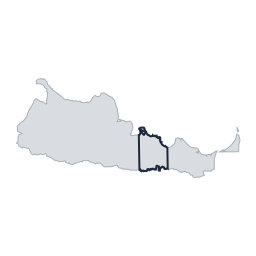 Chubut on a map of Argentina (Mercator projection), rotated 269°
{"feature_id": "ARG-1274", "entity_name": "Chubut", "entity_type": "Province", "adm_level": 1, "iso_a3": "ARG", "parent_name": "Argentina", "parent_adm1": "", "projection": "mercator", "projection_center": [-67.684, -44.0], "detail": "fine", "context": "in_parent", "style": "outline", "palette": "slate", "viewbox_px": 256, "rotation_deg": 269, "n_neighbors": 0, "source": "natural_earth", "source_scale": "10m", "svg_char_len": 7901}
<svg xmlns="http://www.w3.org/2000/svg" viewBox="0 0 256 256"><g transform="rotate(269 128 128)"><path d="M158.7,63.9L157.3,66.2L157.6,67.8L156.4,71.6L156.7,72.4L155.7,74.2L156.1,76.2L155.5,78.1L155.8,80.5L155.4,81.2L154.5,81.4L153.9,84.7L154.7,88.0L154.0,88.6L155.2,91.0L159.0,93.1L160.9,95.3L161.0,96.2L160.0,97.5L159.9,98.6L160.4,100.2L161.4,101.1L163.2,101.7L163.5,103.9L163.2,105.3L159.7,110.4L159.0,112.6L155.8,114.9L147.3,117.5L140.8,118.5L137.0,118.3L134.6,117.2L134.8,120.1L136.0,121.0L135.4,121.1L135.9,121.6L135.6,124.0L134.8,124.5L134.2,126.5L134.3,128.2L135.0,129.7L134.3,131.1L131.4,132.6L128.0,132.9L121.7,130.6L122.0,130.2L121.6,130.1L120.6,130.6L120.2,132.6L120.9,135.7L120.7,138.5L121.0,139.4L123.3,140.4L123.2,141.5L123.9,141.7L125.6,141.4L125.8,140.5L124.9,140.2L127.1,139.5L128.0,140.6L128.0,143.5L127.6,144.2L125.9,144.8L125.4,144.6L124.4,142.6L123.6,142.2L121.1,143.3L120.8,143.9L124.4,145.4L121.8,146.9L119.7,149.6L119.6,154.6L119.1,156.0L117.7,157.3L117.4,158.3L117.9,158.9L117.7,159.8L114.9,159.5L112.9,161.1L111.1,161.6L107.7,167.4L108.2,170.3L111.9,174.5L116.6,175.6L117.2,177.0L117.0,178.7L116.5,179.7L114.7,180.7L116.2,180.7L116.8,181.6L108.4,189.3L107.3,191.6L106.8,196.4L106.1,197.4L104.4,198.4L103.2,197.4L102.3,195.6L102.3,197.0L100.7,197.6L102.6,197.6L103.5,198.8L100.9,200.6L100.1,202.2L99.8,204.5L98.8,205.8L99.6,205.5L100.3,210.0L98.2,210.3L100.8,211.1L103.7,216.3L103.4,216.7L103.3,216.2L95.7,213.8L85.4,213.5L85.5,212.8L83.2,210.0L83.7,208.0L83.4,206.3L83.9,204.8L83.5,203.0L82.7,202.4L79.4,203.4L77.6,198.5L77.8,195.9L77.2,194.3L77.8,192.1L79.5,192.0L80.0,189.8L82.1,188.1L82.2,186.0L83.5,184.8L83.8,183.7L82.6,181.1L83.5,178.2L85.8,176.0L85.6,173.2L86.8,171.9L85.9,168.2L87.2,166.7L86.6,165.9L86.6,164.0L87.8,163.5L88.6,161.4L87.3,159.6L85.1,159.1L85.0,158.1L89.0,158.1L89.6,156.6L89.3,155.8L86.2,155.3L86.2,153.4L86.9,152.1L86.3,150.9L86.6,149.7L85.8,148.0L86.6,147.2L84.5,145.5L84.5,142.7L85.0,141.9L84.7,140.4L86.6,139.0L85.7,136.3L85.9,131.1L85.6,129.8L86.8,127.7L86.2,126.3L87.0,125.3L86.7,122.7L87.6,122.5L88.3,118.1L90.6,116.8L91.1,116.0L89.5,110.5L89.7,108.5L89.4,107.5L89.8,106.3L89.4,104.6L90.1,102.6L91.7,101.7L91.8,101.1L93.4,99.7L93.4,96.3L92.6,94.5L93.5,93.9L94.0,91.3L95.2,88.7L96.2,88.2L96.0,85.2L96.4,82.4L95.0,81.9L95.4,80.0L94.9,79.5L94.6,77.5L93.7,75.7L93.7,74.9L94.2,74.4L93.2,73.7L92.5,72.1L92.7,70.6L92.8,69.6L93.9,68.8L93.7,68.1L94.6,65.0L95.7,64.9L96.3,63.8L95.7,63.2L95.8,61.4L95.3,58.8L96.4,57.5L97.2,53.5L99.7,50.7L101.4,46.2L102.7,46.1L104.1,45.2L102.7,42.3L103.6,40.5L102.6,36.7L102.9,35.3L103.7,34.5L102.8,33.1L103.1,31.9L104.4,30.6L109.0,28.6L110.7,22.8L109.8,21.8L112.2,18.5L114.0,17.9L114.8,16.2L117.0,17.9L121.0,17.9L123.0,18.6L124.4,21.9L126.5,17.5L132.0,17.3L133.1,18.9L135.2,20.7L136.6,23.2L141.2,27.0L147.0,28.9L150.6,31.5L154.8,33.8L156.9,34.3L158.5,35.8L158.9,37.0L157.9,37.9L157.2,39.7L156.1,40.7L155.6,41.8L155.7,43.2L153.5,46.1L153.6,47.1L155.8,46.9L161.2,48.0L163.8,48.0L164.6,48.5L166.0,47.2L168.3,47.7L169.8,45.4L171.3,45.0L172.9,43.4L173.6,41.4L173.9,37.2L174.8,37.5L176.3,36.9L177.6,37.8L178.8,41.3L178.5,44.7L177.9,46.0L176.3,46.8L175.4,47.8L172.8,48.5L171.4,50.3L168.3,52.3L168.5,53.3L167.4,53.2L162.1,60.4L158.7,63.9ZM102.3,238.2L102.5,219.2L104.5,222.8L103.5,222.6L103.2,224.3L104.9,224.7L105.6,226.9L109.3,231.1L114.7,235.4L120.1,236.6L118.6,238.7L113.3,239.8L110.1,238.6L102.3,238.2ZM122.2,237.9L123.8,237.2L127.0,237.0L122.8,238.6L122.2,237.9ZM136.7,119.4L136.7,120.0L135.8,119.1L136.7,119.4Z" fill="#d9dde1" stroke="#a8b0b8" stroke-width="1"/><path d="M85.7,139.9L85.9,139.7L86.3,139.6L86.6,139.4L86.6,139.2L86.6,138.9L86.5,138.7L120.3,138.7L120.7,138.7L121.0,139.3L121.1,139.5L121.3,139.7L121.7,140.0L121.9,140.0L122.1,140.1L122.3,140.2L122.8,140.3L123.0,140.4L123.4,140.4L123.5,140.4L123.7,140.6L123.1,141.3L123.0,141.6L123.6,141.6L123.8,141.7L124.2,141.7L124.5,141.6L125.4,141.7L125.5,141.6L125.8,141.3L125.8,141.2L125.8,140.9L125.8,140.6L125.7,140.5L125.4,140.4L124.8,140.5L124.6,140.4L124.3,140.3L124.5,140.2L125.2,140.1L125.9,139.8L126.3,139.5L126.7,139.2L127.0,139.2L127.3,139.2L127.4,139.4L127.6,139.6L127.7,140.0L127.8,140.2L128.0,140.5L128.2,141.0L128.1,141.7L128.2,142.8L128.2,143.0L128.0,143.3L127.9,143.6L128.0,143.9L127.7,144.2L127.4,144.4L126.4,144.6L125.9,144.6L125.7,144.7L125.5,144.8L125.4,144.7L125.2,144.5L125.0,144.1L124.8,144.0L124.8,143.9L125.0,143.2L124.8,142.9L124.6,142.7L124.4,142.4L124.1,142.2L123.8,142.2L123.3,142.2L122.9,142.2L122.7,142.3L122.3,142.5L122.0,143.0L121.4,143.1L121.1,143.5L120.9,143.7L120.9,143.8L120.9,144.0L121.0,144.1L121.4,144.3L121.7,144.4L122.3,144.7L122.8,145.1L123.1,145.2L123.5,145.2L123.9,145.4L124.0,145.4L124.5,145.2L124.5,145.5L124.4,145.7L123.8,146.1L123.2,146.3L122.2,146.6L121.3,147.3L121.0,147.6L120.8,147.7L120.8,147.8L120.8,148.2L120.8,148.4L120.6,148.5L120.2,148.9L119.9,149.4L119.6,149.7L119.3,150.2L119.3,150.3L119.3,150.7L119.4,151.1L119.4,151.3L119.5,151.5L119.6,151.9L119.6,152.0L119.6,152.3L119.8,152.4L119.7,152.5L119.7,152.8L119.8,152.9L120.0,152.9L119.8,153.1L119.8,153.4L119.8,153.5L119.5,153.7L119.5,153.8L119.4,154.0L119.4,154.3L119.5,154.5L119.6,154.8L119.7,155.0L119.8,155.0L119.8,155.3L119.7,155.4L119.6,155.5L119.4,155.7L119.3,155.8L119.4,156.0L119.5,156.1L119.6,156.3L119.4,156.3L119.3,156.2L119.2,156.2L119.2,156.3L119.1,156.5L119.1,156.8L119.1,156.7L119.0,156.9L118.9,156.8L118.9,156.7L118.6,156.7L118.6,156.8L118.4,156.9L118.2,157.0L117.9,157.2L117.7,157.4L117.5,157.7L117.4,157.9L117.4,158.1L117.4,158.3L117.3,158.5L117.3,158.8L117.5,158.9L117.6,159.0L117.7,158.9L117.9,159.0L118.1,159.0L118.3,159.3L118.0,159.5L117.9,159.6L118.0,159.7L118.0,159.8L117.9,159.8L117.9,160.0L117.7,160.1L117.1,159.9L116.9,160.0L116.7,160.0L116.8,159.9L116.7,159.8L116.4,159.8L116.4,160.1L116.2,160.1L116.0,159.9L115.8,159.8L115.6,159.8L115.3,159.7L115.0,159.7L114.9,159.7L114.7,159.9L114.4,160.2L114.1,160.1L113.9,160.1L113.5,160.3L113.3,160.4L113.2,160.6L113.6,160.8L113.5,161.0L112.9,160.8L112.9,161.0L113.1,161.0L113.2,161.3L112.5,161.3L111.4,161.5L111.1,161.6L110.7,162.0L110.4,162.3L110.3,162.6L109.9,163.1L109.6,163.6L109.4,163.8L109.2,164.1L109.0,164.5L109.0,164.9L109.1,165.0L108.9,165.1L108.9,165.3L108.9,165.5L108.5,165.8L108.4,166.0L108.2,166.2L108.2,166.3L108.0,166.6L107.9,166.8L107.8,167.0L87.1,167.0L87.3,166.8L87.2,166.6L87.1,166.4L87.0,166.2L86.8,166.1L86.6,166.0L86.5,165.9L86.6,165.5L86.5,165.3L86.3,165.1L86.4,164.8L86.4,164.6L86.4,164.4L86.6,164.1L86.5,163.9L86.6,163.7L87.1,163.5L87.5,163.6L87.9,163.4L87.9,163.2L87.8,162.8L87.8,162.7L88.4,162.5L88.8,161.9L88.8,161.7L88.7,161.5L88.5,161.3L88.4,161.1L88.1,160.9L87.9,160.7L87.8,160.2L87.6,159.8L87.4,159.6L87.2,159.6L86.8,159.6L86.5,159.3L86.4,159.2L86.3,159.3L86.0,159.4L85.8,159.4L85.4,159.2L85.2,159.1L84.9,159.1L84.9,158.6L84.8,158.2L85.0,158.0L85.3,158.1L86.0,158.3L86.1,158.2L86.4,158.0L86.5,158.0L87.0,158.2L87.6,158.0L87.8,157.9L88.1,158.0L88.4,158.3L88.7,158.3L88.9,158.3L89.0,158.2L89.2,157.7L89.2,157.3L89.2,157.2L89.4,156.8L89.6,156.8L89.7,156.7L89.8,156.5L89.8,156.4L89.6,156.2L89.5,155.8L89.4,155.7L88.9,155.6L88.1,155.5L87.1,155.5L86.8,155.4L86.6,155.4L86.4,155.5L86.2,155.5L86.0,155.3L86.0,155.2L86.3,154.9L86.1,154.5L86.2,154.4L86.3,154.2L86.2,154.0L86.1,153.7L86.0,153.4L86.3,153.2L86.5,153.1L87.0,152.3L87.0,152.2L86.7,151.5L86.5,151.4L86.5,151.2L86.3,151.1L86.2,151.0L86.2,150.9L86.3,150.7L86.7,150.5L86.8,150.4L86.7,149.8L86.5,149.6L86.3,149.4L85.9,149.4L86.0,149.1L86.0,148.9L85.8,148.7L85.6,148.8L85.5,148.7L85.6,148.3L85.7,148.2L85.8,147.9L86.0,147.8L86.3,147.7L86.5,147.7L86.6,147.4L86.5,147.2L86.6,146.9L86.5,146.7L86.0,146.5L85.2,146.4L84.8,146.1L84.6,145.9L84.5,145.6L84.7,144.6L84.7,143.6L84.6,143.2L84.5,142.8L84.6,142.5L84.7,142.3L84.8,142.2L85.1,142.1L84.9,141.7L85.0,141.2L84.9,141.1L84.7,140.8L84.6,140.7L84.9,140.2L85.0,140.0L85.1,139.7L85.4,139.5L85.5,139.8L85.7,139.9Z" fill="none" stroke="#1e293b" stroke-width="2"/></g></svg>